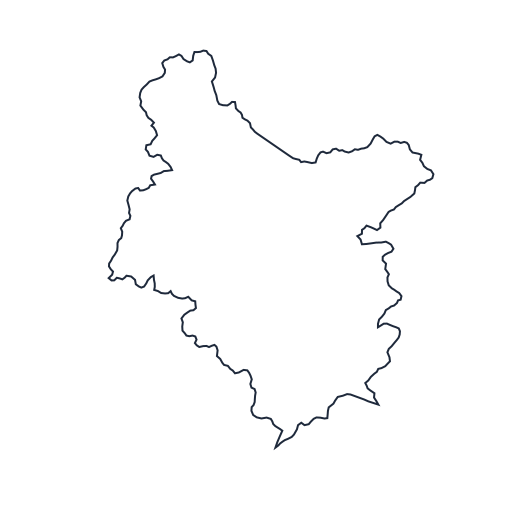 Cachoeiro de Itapemirim, Espírito Santo, Brazil (Albers equal-area conic projection), rotated 24°
{"feature_id": "56859067B37566088489442", "entity_name": "Cachoeiro de Itapemirim", "entity_type": "district", "adm_level": 2, "iso_a3": "BRA", "parent_name": "Brazil", "parent_adm1": "Espírito Santo", "projection": "albers", "projection_center": [-41.196, -20.779], "detail": "fine", "context": "isolated", "style": "outline", "palette": "slate", "viewbox_px": 512, "rotation_deg": 24, "n_neighbors": 0, "source": "geoboundaries", "source_scale": "gbopen_adm2", "svg_char_len": 5130}
<svg xmlns="http://www.w3.org/2000/svg" viewBox="0 0 512 512"><g transform="rotate(24 256 256)"><path d="M89.2,165.6L93.6,168.1L97.0,169.4L98.9,171.9L101.5,173.6L104.8,174.2L108.5,175.7L107.5,179.5L110.3,180.2L113.7,182.6L116.5,185.9L115.4,190.0L114.4,192.9L114.3,196.8L110.8,199.4L111.9,203.5L114.9,204.8L117.9,207.7L122.1,207.1L124.6,203.7L128.2,202.9L130.3,205.0L132.7,206.4L135.3,206.8L138.3,207.5L141.8,209.4L144.4,211.7L140.3,214.3L137.3,215.9L135.2,218.9L132.3,221.2L129.8,223.1L128.1,225.4L128.7,228.1L131.7,229.8L134.6,231.8L130.6,234.4L130.3,237.4L128.4,239.7L126.3,241.8L123.4,243.4L120.7,241.8L118.4,243.4L116.3,247.3L115.5,250.0L115.1,253.5L115.9,257.7L118.8,261.2L121.6,264.8L122.5,268.3L124.9,270.4L125.6,273.9L122.9,276.7L122.0,279.8L121.9,282.6L121.2,285.6L123.9,288.2L125.2,291.7L125.6,294.5L124.2,297.2L124.2,300.5L125.8,304.0L126.9,307.4L126.4,312.2L125.6,315.6L125.5,319.2L124.9,322.6L125.9,325.3L128.8,327.2L131.7,328.4L132.2,331.6L130.4,336.1L134.0,337.1L136.4,335.9L137.7,332.5L140.7,331.9L143.4,331.7L144.8,329.3L145.7,326.7L150.3,325.5L155.2,327.0L157.7,330.7L161.4,331.5L164.1,331.5L166.2,329.4L166.9,325.6L167.0,322.3L168.5,318.1L170.4,315.5L172.5,319.3L174.6,322.2L176.1,325.4L176.8,328.4L180.7,327.9L184.4,328.4L188.2,327.2L190.9,325.7L192.3,322.8L194.5,324.7L197.2,325.8L201.8,325.9L205.9,324.9L208.4,323.4L210.7,320.8L215.3,322.7L218.9,322.1L220.5,325.1L222.3,328.0L220.9,331.0L218.2,332.6L216.4,335.4L214.4,338.8L213.3,343.4L216.1,346.3L217.3,350.4L219.2,354.1L222.5,355.6L224.8,357.0L227.7,356.4L230.4,354.5L233.3,354.2L235.7,356.6L235.6,360.4L238.2,361.7L241.2,362.2L244.4,359.8L247.4,358.3L250.1,358.3L252.1,356.0L254.2,354.1L256.7,354.9L259.3,357.8L261.0,363.3L265.2,364.6L268.6,367.2L271.1,368.5L275.0,367.8L278.4,369.6L281.4,370.1L284.5,371.7L287.7,369.4L291.0,365.1L294.6,364.0L297.2,365.5L299.6,367.5L302.3,370.4L302.9,375.2L305.4,378.1L308.8,378.1L311.2,380.8L312.0,384.0L313.1,387.1L314.2,390.0L314.4,393.2L313.5,395.8L314.8,399.3L318.1,402.4L322.3,403.1L327.1,402.2L331.4,399.3L335.8,398.8L338.1,400.4L340.1,402.5L342.7,403.5L345.3,403.9L348.3,404.3L351.1,404.9L351.1,410.7L351.2,417.4L351.7,423.1L353.4,420.1L354.3,417.4L355.7,414.9L357.2,412.5L359.6,410.0L362.2,406.8L363.3,403.7L363.9,397.7L363.2,393.4L365.2,389.9L369.1,390.8L372.6,388.2L373.5,385.0L374.9,381.3L376.9,378.9L380.6,377.5L384.7,376.6L387.1,375.1L385.7,371.0L384.7,368.2L384.0,364.7L386.8,359.4L387.1,355.9L388.0,351.5L392.2,348.3L395.4,345.1L398.6,344.1L413.2,343.1L417.7,343.1L428.2,342.0L425.1,339.7L421.4,337.3L420.0,333.2L415.0,332.3L411.8,331.5L409.9,329.5L407.5,327.6L409.2,324.1L410.1,319.7L412.0,315.3L413.5,312.7L413.6,309.4L416.2,307.4L418.9,304.1L420.0,300.9L421.2,297.7L419.1,294.2L415.2,290.5L415.1,286.8L416.6,283.3L417.9,278.5L418.8,275.5L419.5,272.5L419.2,269.3L418.1,266.2L415.9,264.1L413.0,264.1L409.7,264.4L406.0,264.5L403.1,264.5L400.2,265.9L398.4,268.6L396.4,271.5L395.0,268.3L394.3,263.9L395.7,260.3L396.7,256.4L396.6,252.6L398.6,249.8L399.9,247.2L402.3,245.1L403.9,241.6L403.8,238.8L405.9,237.1L405.2,233.5L401.9,231.6L398.7,231.2L396.0,230.6L393.3,230.3L389.2,228.8L386.5,225.7L384.8,222.1L384.8,218.6L382.6,217.2L379.4,215.4L377.9,210.1L373.5,208.5L372.1,205.2L373.3,202.4L375.5,199.5L378.0,197.0L378.6,193.5L374.8,190.7L372.1,190.3L368.8,190.1L365.0,192.7L360.3,194.9L356.2,197.5L352.0,200.1L348.0,202.2L344.8,198.4L340.5,196.6L343.7,192.6L342.2,189.0L343.7,186.6L344.6,183.3L349.2,183.0L352.0,183.0L356.0,183.1L358.1,179.5L356.2,175.6L357.5,171.5L358.5,165.9L359.2,161.8L360.8,159.6L363.1,157.4L363.8,154.5L365.7,151.6L367.8,148.6L368.9,145.6L370.9,142.5L373.0,139.3L375.2,134.5L374.5,131.3L373.6,128.3L375.2,125.4L376.2,122.2L380.2,120.7L381.7,117.4L383.9,115.6L385.4,113.2L384.8,109.1L381.0,106.6L377.1,106.8L372.9,105.7L370.1,103.2L366.8,101.4L365.9,96.3L362.6,96.5L359.5,97.2L356.9,97.8L353.2,96.0L350.4,92.5L347.8,91.2L345.0,91.5L342.2,93.9L339.0,93.9L335.9,95.3L333.3,98.6L328.8,98.7L324.5,97.0L321.1,96.3L317.6,96.0L315.7,98.4L315.3,101.8L315.0,106.7L313.4,111.3L310.9,113.7L308.5,115.1L306.0,117.5L302.9,118.3L301.2,121.2L298.5,123.8L294.5,124.5L291.8,124.2L289.2,126.0L285.5,125.4L282.7,127.4L281.7,131.1L278.6,133.4L274.8,133.4L272.8,135.1L271.9,138.7L271.9,142.2L272.4,146.3L269.2,148.4L264.6,149.3L261.7,150.0L259.0,151.9L256.4,150.5L252.9,151.2L250.1,151.6L244.8,150.7L207.3,143.7L204.4,143.0L201.8,141.7L199.0,140.6L196.5,137.1L193.1,135.8L190.2,135.7L187.4,135.2L185.8,132.8L183.6,131.2L180.9,130.7L177.6,129.3L176.0,126.6L174.2,123.9L171.4,125.0L170.3,127.6L168.6,130.1L164.4,131.7L160.5,132.2L157.5,129.8L154.3,125.2L151.0,121.9L149.0,119.4L147.1,117.2L144.7,114.5L146.0,109.6L145.0,104.9L142.9,101.3L140.3,98.7L137.2,95.0L133.8,91.4L130.1,90.7L127.4,88.9L124.3,89.8L122.1,92.1L119.8,93.4L116.8,94.7L117.2,98.6L118.6,103.1L116.8,106.0L113.9,106.2L109.7,105.6L106.5,103.5L103.6,103.2L101.4,106.1L99.4,108.3L96.4,109.6L95.2,112.3L92.7,114.7L91.9,117.9L94.5,120.9L97.1,122.7L98.2,125.8L97.5,130.0L95.1,133.0L92.6,135.4L90.0,137.6L87.7,140.0L86.4,143.8L84.8,147.4L83.8,150.5L83.9,154.1L85.1,158.4L88.2,161.4L89.2,165.6Z" fill="none" stroke="#1e293b" stroke-width="2"/></g></svg>